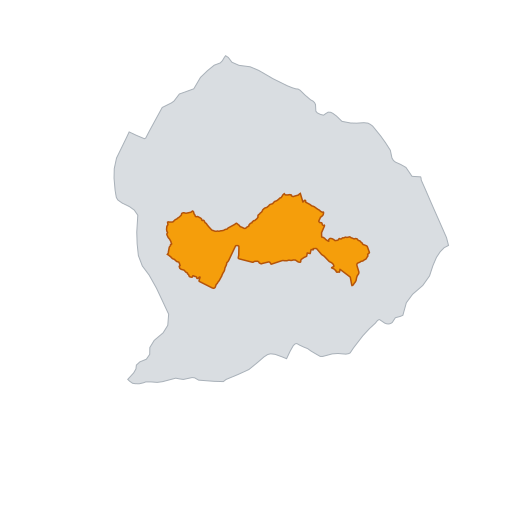 location of Midlands within Zimbabwe, rotated 296°
{"feature_id": "ZWE-527", "entity_name": "Midlands", "entity_type": "Province", "adm_level": 1, "iso_a3": "ZWE", "parent_name": "Zimbabwe", "parent_adm1": "", "projection": "robinson", "projection_center": [29.518, -19.087], "detail": "fine", "context": "in_parent", "style": "filled", "palette": "amber", "viewbox_px": 512, "rotation_deg": 296, "n_neighbors": 0, "source": "natural_earth", "source_scale": "10m", "svg_char_len": 8244}
<svg xmlns="http://www.w3.org/2000/svg" viewBox="0 0 512 512"><g transform="rotate(296 256 256)"><path d="M349.9,424.4L346.0,421.5L340.6,419.7L333.9,418.8L325.1,419.2L314.2,420.7L302.6,418.8L290.2,413.5L279.9,411.6L267.6,413.9L267.1,414.0L265.0,412.2L261.6,408.3L256.0,407.6L254.5,406.7L253.2,405.3L252.4,403.4L252.1,401.3L253.0,394.9L252.5,394.2L251.0,393.4L247.9,392.7L240.5,389.8L231.2,387.0L216.1,383.9L210.2,383.1L208.9,382.1L207.2,379.8L204.3,372.4L201.5,367.5L195.0,360.0L193.9,357.7L194.3,351.8L194.7,347.0L195.4,342.9L195.1,339.1L195.0,334.3L195.2,331.1L194.3,329.8L191.9,328.8L185.2,328.4L177.1,328.5L176.8,323.7L176.0,316.3L174.5,312.0L172.6,309.7L168.8,307.4L161.3,304.2L150.9,299.4L142.1,292.2L131.9,283.2L128.8,281.7L125.0,273.3L119.3,258.9L119.6,254.2L118.7,251.8L113.2,244.8L112.0,241.1L111.0,237.4L102.1,227.1L99.1,222.6L96.8,216.8L94.5,212.1L92.6,210.3L90.0,207.1L88.3,203.5L87.5,200.8L88.1,197.2L88.9,194.8L97.3,197.3L101.9,197.6L105.5,196.3L109.9,198.0L115.2,202.7L121.0,203.6L127.2,200.7L135.6,201.5L146.2,206.2L155.0,207.1L165.4,203.0L174.7,191.5L183.4,180.7L192.0,168.3L197.2,158.2L204.8,150.1L214.9,143.8L225.1,138.4L240.8,131.9L243.9,126.5L244.9,120.7L244.9,112.5L245.8,107.2L247.4,104.8L250.0,102.9L253.4,100.5L263.7,94.3L272.4,90.3L282.9,87.7L294.5,87.7L305.6,87.7L311.9,87.6L312.0,95.5L312.5,104.3L313.7,105.2L322.1,105.4L335.5,106.0L348.4,106.6L356.7,113.0L359.4,114.4L368.0,116.1L379.0,126.8L392.2,127.8L401.2,131.1L409.2,134.8L413.8,139.2L416.8,140.2L420.8,140.5L422.7,140.9L422.3,144.1L419.6,149.4L419.9,157.1L423.5,167.8L424.0,177.0L422.8,193.4L422.7,209.2L423.1,214.8L423.7,218.6L424.5,220.6L424.3,223.0L422.1,229.6L420.3,236.6L420.2,239.4L419.5,241.4L418.2,243.1L412.4,246.3L411.5,248.3L411.5,251.9L412.2,255.0L414.3,256.1L416.9,257.8L417.9,260.1L417.9,262.5L417.1,266.9L414.7,274.2L417.0,282.7L419.5,288.2L423.1,294.5L424.5,298.4L424.4,301.2L423.9,303.9L418.5,315.5L414.6,322.7L409.9,330.4L403.7,335.2L402.1,337.6L401.5,340.2L401.7,346.0L401.3,352.0L396.0,361.3L399.3,369.3L398.5,370.1L396.7,371.2L389.1,380.2L381.3,389.3L375.7,395.9L369.3,403.5L362.1,412.0L356.0,419.2L349.9,424.4Z" fill="#d9dde1" stroke="#a8b0b8" stroke-width="1"/><path d="M310.3,248.0L312.6,248.6L313.4,249.0L314.0,249.7L315.1,250.6L317.0,251.5L318.5,252.0L319.4,252.9L319.7,253.0L321.1,253.3L322.2,253.3L323.1,253.5L324.4,254.1L323.9,255.1L323.8,255.6L324.0,256.1L324.8,257.8L325.9,259.3L326.3,260.5L326.3,261.0L325.8,261.2L325.6,261.9L325.5,262.3L325.7,262.8L325.6,263.2L325.7,263.4L326.7,264.4L329.4,267.4L330.7,267.8L331.7,268.4L325.7,273.9L325.2,274.5L325.7,274.8L327.0,275.1L327.4,275.3L327.6,275.6L327.6,276.0L327.4,276.4L326.1,277.2L326.1,277.6L326.0,281.7L325.5,284.3L325.8,285.8L325.8,286.9L325.1,290.9L325.0,292.8L324.5,294.4L324.4,295.3L324.5,296.7L324.9,297.1L325.0,297.3L324.9,297.5L324.2,297.9L323.0,298.2L322.4,298.3L321.9,298.2L320.6,297.8L319.1,297.0L315.0,297.1L314.6,297.3L314.1,298.3L314.0,298.6L314.2,299.1L314.4,299.4L314.4,299.8L314.6,300.3L314.6,300.5L314.2,301.1L313.2,301.9L313.1,302.2L313.0,302.9L313.1,303.2L313.0,303.9L313.5,304.0L313.3,304.3L312.7,304.4L305.7,304.7L302.2,306.5L301.9,306.8L301.8,307.1L302.0,307.4L302.2,308.5L301.9,310.2L301.4,311.3L301.1,313.3L301.1,314.8L301.3,314.9L301.5,314.7L302.3,314.2L303.0,314.3L303.7,314.5L304.3,314.9L304.5,315.3L304.9,316.7L304.9,318.7L304.5,319.9L304.5,320.4L304.7,320.7L305.0,321.0L305.6,322.1L306.1,322.6L307.0,323.0L307.8,323.0L308.2,323.2L308.3,323.4L308.3,324.3L308.5,324.7L308.7,325.1L309.1,325.4L309.9,325.6L310.3,325.9L310.8,327.0L312.1,328.0L312.3,328.5L312.5,329.6L314.3,331.8L314.3,332.5L314.1,333.5L314.1,333.8L314.3,334.6L314.3,336.1L314.5,336.9L315.3,337.7L315.7,339.1L315.6,339.6L315.0,340.7L314.9,341.3L315.1,342.6L315.0,343.2L314.5,344.2L314.2,345.7L313.5,346.6L313.3,347.1L313.6,350.8L313.5,351.5L313.1,352.1L308.9,356.4L308.4,356.4L307.6,356.2L306.8,355.7L306.4,355.7L305.3,356.4L304.7,356.6L303.6,356.3L302.8,356.3L301.3,356.1L300.9,355.8L300.2,355.1L299.0,354.6L298.4,354.2L298.0,353.8L297.2,352.7L296.0,352.1L294.3,350.6L293.7,350.3L293.2,350.3L292.7,350.3L291.8,350.8L286.7,355.5L285.8,355.9L284.9,356.0L282.8,355.7L282.1,355.7L280.7,355.9L277.7,356.7L275.9,356.6L274.3,356.2L273.0,356.1L272.1,355.8L271.7,355.5L271.5,355.2L272.1,354.6L278.2,350.1L278.4,349.8L280.8,337.7L280.8,337.4L280.5,337.4L278.7,338.0L278.3,338.1L278.0,338.0L277.7,337.0L276.9,335.9L276.9,335.6L277.0,335.2L277.2,334.7L277.7,334.4L278.0,334.0L278.0,333.4L278.4,332.3L278.5,331.8L278.5,329.2L278.8,329.1L279.1,329.3L280.5,330.4L281.0,330.5L281.6,330.0L282.4,329.0L282.7,328.3L283.1,326.8L283.1,324.8L283.2,324.1L285.7,317.3L286.1,314.3L289.0,307.7L289.1,307.2L289.1,306.7L287.7,304.2L287.4,304.2L286.8,304.7L286.5,304.6L286.2,303.4L285.9,302.8L285.3,302.8L282.2,303.6L281.9,303.5L281.2,300.8L280.7,300.8L280.1,301.1L277.9,301.6L275.7,299.8L272.8,298.2L271.8,298.1L271.1,298.5L270.3,298.7L269.9,298.6L269.4,297.6L269.2,296.6L269.2,296.0L269.6,293.5L269.6,293.1L268.8,291.3L267.7,290.0L267.3,289.4L266.9,287.9L266.6,287.2L265.6,286.2L265.2,285.7L264.2,283.5L263.8,282.2L263.2,281.4L255.5,273.5L255.3,273.1L256.3,271.4L256.4,271.1L256.4,270.5L256.3,270.1L256.0,269.7L252.1,265.0L251.6,264.6L251.2,264.0L251.2,262.0L251.9,261.0L252.0,259.8L251.8,259.4L250.6,257.1L250.2,256.8L249.4,256.4L249.1,256.0L248.8,255.5L246.1,242.3L246.1,241.4L246.4,240.9L246.9,240.7L249.2,240.1L256.8,236.6L257.2,236.3L257.4,235.7L257.4,235.2L257.2,234.7L256.6,233.5L256.3,233.3L255.9,233.2L239.7,233.4L238.3,233.1L237.6,232.8L237.0,232.7L235.9,233.1L234.4,233.3L231.7,233.3L229.7,233.9L227.9,234.0L226.5,233.8L224.2,233.8L222.7,234.0L221.9,233.9L217.5,233.7L216.2,233.3L214.4,233.2L212.9,232.7L210.4,233.0L209.8,233.0L209.2,232.8L208.4,232.1L208.1,230.7L208.3,216.1L208.5,215.9L208.7,215.7L209.9,215.4L212.2,215.1L212.4,215.0L212.5,214.9L212.4,214.5L212.2,214.3L210.7,213.8L210.3,213.5L210.1,213.2L210.0,212.8L210.1,212.6L210.9,211.8L211.1,211.3L211.1,210.8L210.8,210.1L210.8,208.5L210.7,208.1L210.5,207.9L210.3,207.9L209.6,208.1L209.3,208.0L208.9,207.8L208.6,207.2L208.3,205.7L208.3,205.2L208.6,204.7L209.6,203.7L209.8,203.3L209.9,202.4L210.2,202.0L210.6,201.8L210.7,201.6L210.8,201.3L210.7,200.2L211.1,199.1L211.6,198.0L211.7,197.6L211.7,197.2L211.2,194.5L211.6,192.8L212.8,191.7L213.1,191.5L213.5,191.6L213.9,191.9L214.1,192.0L214.2,191.9L215.4,190.8L216.6,189.4L216.6,188.7L216.3,187.5L216.3,187.2L216.8,185.2L217.2,184.3L217.0,182.1L217.6,180.2L218.0,179.6L218.0,178.9L218.4,177.5L218.6,175.6L220.0,175.9L220.6,175.8L221.1,175.5L225.5,174.3L226.2,174.2L227.8,174.6L228.1,174.5L228.6,174.2L228.8,174.3L229.6,174.9L229.8,174.9L230.0,174.8L230.6,174.0L231.6,173.3L233.3,170.9L234.1,169.0L235.9,166.8L236.3,166.4L236.9,166.2L238.2,166.3L238.6,166.0L239.2,165.0L240.8,163.9L243.2,163.0L244.0,162.9L245.2,163.1L245.8,163.0L247.4,161.8L247.6,161.7L247.8,161.8L248.3,162.3L248.6,163.5L249.2,164.6L249.5,165.3L250.0,166.1L250.3,166.4L253.3,167.5L254.6,168.6L255.8,169.0L256.7,169.7L259.5,170.8L260.2,170.9L261.4,170.6L261.7,170.6L262.3,171.0L263.0,171.7L263.3,172.3L263.6,173.9L263.9,174.6L266.8,178.3L267.5,178.7L268.3,179.0L268.6,179.2L268.7,179.4L268.3,180.5L268.0,180.8L266.9,181.6L266.0,183.2L265.3,183.8L265.1,184.2L265.0,184.5L265.1,185.1L265.8,185.9L265.9,187.3L265.8,188.5L265.8,189.7L265.6,190.3L265.3,191.0L264.4,191.7L264.4,192.3L265.1,193.1L265.1,193.4L264.8,194.2L263.7,195.4L263.4,197.2L262.6,198.4L262.3,199.2L261.8,200.1L260.6,203.2L260.3,203.9L260.1,204.7L259.9,205.1L259.9,205.5L260.2,206.7L260.2,207.8L260.6,209.1L260.9,209.6L261.7,210.6L261.8,211.4L262.0,211.9L263.1,213.1L263.8,214.3L264.9,215.7L266.4,216.7L267.4,218.1L267.8,218.3L268.9,218.6L274.9,222.9L276.5,223.7L276.7,223.9L276.9,224.2L276.8,224.8L276.3,226.7L276.2,227.7L275.7,228.3L275.5,228.8L275.7,231.4L275.6,232.9L275.8,233.7L276.2,234.3L276.4,234.6L277.7,235.0L279.4,236.2L279.8,236.4L280.7,236.1L282.0,236.4L282.7,236.6L283.3,237.0L284.2,237.8L285.2,237.7L286.1,238.2L286.5,238.3L286.9,238.6L287.2,239.2L287.4,239.4L288.3,239.7L290.0,240.5L291.9,240.8L292.6,240.2L293.6,240.0L294.0,240.1L295.4,240.8L296.5,241.0L297.8,241.7L298.9,241.9L300.3,241.8L301.8,242.3L303.0,242.9L304.5,244.5L305.5,244.9L306.5,245.4L307.5,245.6L308.4,246.0L310.3,248.0Z" fill="#f59e0b" stroke="#b45309" stroke-width="1.5"/></g></svg>